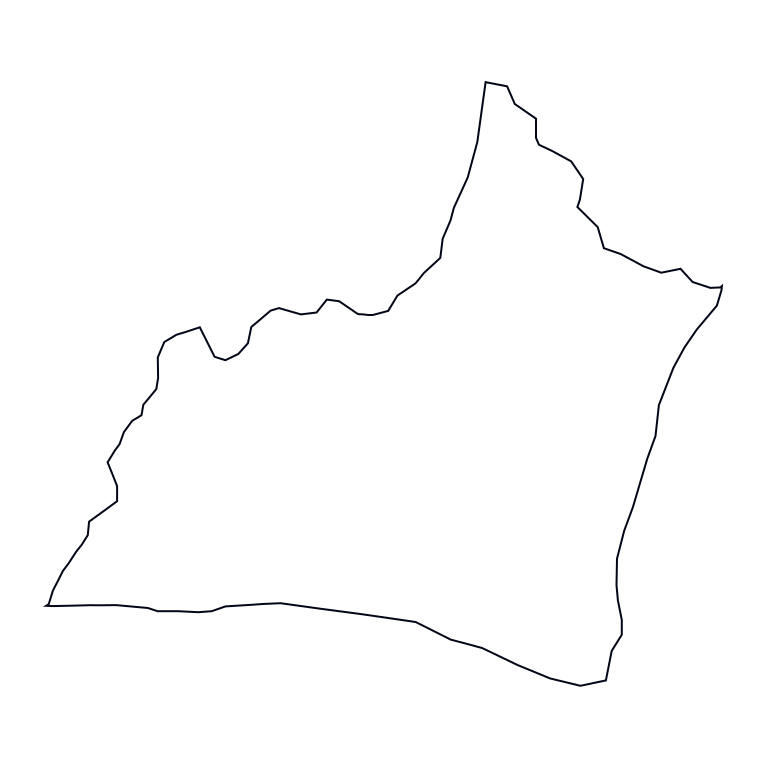 Perivolia Larnakas, Larnaca, Cyprus
{"feature_id": "46923920B78276374630507", "entity_name": "Perivolia Larnakas", "entity_type": "district", "adm_level": 2, "iso_a3": "CYP", "parent_name": "Cyprus", "parent_adm1": "Larnaca", "projection": "natural_earth1", "projection_center": [33.587, 34.833], "detail": "fine", "context": "isolated", "style": "outline", "palette": "ink", "viewbox_px": 768, "rotation_deg": 0, "n_neighbors": 0, "source": "geoboundaries", "source_scale": "gbopen_adm2", "svg_char_len": 1491}
<svg xmlns="http://www.w3.org/2000/svg" viewBox="0 0 768 768"><path d="M485.6,82.2L477.3,142.1L467.7,177.5L453.8,208.0L450.5,220.5L442.7,238.7L440.3,257.9L423.9,273.0L415.6,283.3L397.4,295.6L388.2,310.9L372.8,315.0L368.4,315.0L363.2,314.4L358.0,314.1L339.1,301.2L326.8,299.6L316.6,312.5L300.9,314.4L279.0,308.1L270.7,310.6L251.3,327.0L247.9,343.3L238.3,354.0L225.4,360.2L214.6,356.8L199.8,327.3L185.6,332.0L176.3,334.8L164.3,342.0L157.8,357.4L158.1,378.1L156.3,389.1L143.3,404.8L141.5,415.2L132.2,420.8L123.9,432.1L119.6,444.1L115.0,450.3L107.6,462.3L111.9,472.9L117.1,486.1L117.1,501.2L103.9,510.9L89.1,521.6L87.8,535.1L81.7,544.8L76.4,551.4L68.4,563.7L62.9,570.9L59.2,578.4L53.0,590.4L48.7,604.2L46.1,605.8L52.6,606.1L74.8,605.6L89.7,605.2L100.3,605.3L116.0,605.1L127.1,606.1L147.9,608.0L157.6,611.2L178.3,611.2L198.4,612.2L211.7,611.2L225.5,606.4L251.5,604.8L262.6,604.0L280.5,603.2L320.2,608.7L361.1,614.1L415.6,622.0L450.7,639.6L482.1,648.0L517.7,665.1L550.0,678.4L580.4,685.8L605.9,680.4L611.7,650.9L621.8,634.7L621.8,620.0L617.9,600.4L616.5,585.2L617.0,558.7L624.2,530.7L632.9,507.2L647.3,458.6L655.5,436.0L658.9,405.1L673.4,367.8L684.5,347.4L696.8,329.5L716.9,305.6L721.5,290.2L721.9,286.1L720.5,287.4L710.4,287.9L692.6,282.0L680.5,268.8L661.3,272.7L643.5,266.3L620.8,254.1L603.9,248.2L597.7,227.1L577.4,207.0L579.9,199.6L583.2,179.0L571.2,161.4L552.4,151.1L538.9,144.7L536.0,137.8L536.0,118.7L514.8,104.0L507.1,86.3L485.6,82.2Z" fill="none" stroke="#020617" stroke-width="2"/></svg>